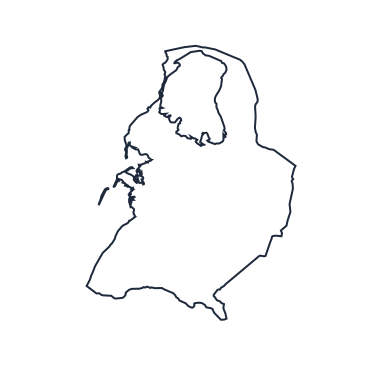 Balkan, Mercator projection, rotated 33°
{"feature_id": "TKM-351", "entity_name": "Balkan", "entity_type": "Province", "adm_level": 1, "iso_a3": "TKM", "parent_name": "Turkmenistan", "parent_adm1": "", "projection": "mercator", "projection_center": [54.104, 39.835], "detail": "fine", "context": "isolated", "style": "outline", "palette": "slate", "viewbox_px": 384, "rotation_deg": 33, "n_neighbors": 0, "source": "natural_earth", "source_scale": "10m", "svg_char_len": 6101}
<svg xmlns="http://www.w3.org/2000/svg" viewBox="0 0 384 384"><g transform="rotate(33 192 192)"><path d="M160.4,54.9L163.5,55.3L166.6,56.4L189.4,71.7L196.4,78.2L197.8,80.6L197.6,83.8L198.3,85.9L204.5,94.4L209.9,104.0L212.6,106.9L215.3,108.7L218.3,114.2L220.4,115.5L221.7,116.0L227.0,115.7L229.4,114.7L233.3,114.1L237.1,112.3L238.5,112.2L264.6,113.7L265.0,117.1L267.5,124.6L268.2,125.4L269.9,126.1L269.5,128.0L269.7,128.7L271.6,130.0L274.8,134.2L280.4,149.0L285.4,155.1L287.7,163.8L289.6,168.8L287.5,175.9L289.9,177.5L291.1,180.4L286.0,183.0L283.5,185.2L283.6,186.4L284.3,188.2L284.9,191.5L288.5,205.6L287.4,206.7L283.8,208.3L283.2,209.1L270.4,250.9L270.0,253.4L268.5,256.4L268.6,258.5L267.1,259.5L266.7,260.3L266.2,266.5L267.1,267.6L268.7,267.8L271.7,269.2L275.2,268.5L277.2,269.1L279.8,268.6L281.7,272.5L286.3,275.8L289.9,279.4L288.5,281.5L285.8,283.4L276.3,281.2L272.8,278.9L270.8,279.3L266.8,280.9L264.4,279.7L260.5,279.8L257.6,281.4L254.9,283.8L254.7,284.5L255.8,285.9L256.0,286.8L255.5,288.6L254.8,289.1L251.2,289.7L247.3,288.8L240.7,289.8L238.3,288.8L236.1,288.8L233.9,287.6L231.3,287.1L221.7,288.8L219.1,288.9L213.2,292.9L209.9,294.1L209.5,295.0L205.8,295.9L204.7,297.7L203.1,298.2L202.6,299.5L200.6,301.7L194.3,306.0L192.5,308.3L191.4,311.8L191.4,313.0L192.3,314.4L192.2,316.4L191.4,318.6L185.8,323.1L184.3,323.4L180.8,323.0L173.7,327.1L172.2,327.6L169.4,327.5L167.1,329.1L154.8,328.2L154.2,321.5L152.8,316.3L152.6,314.0L151.1,306.9L150.3,291.7L152.5,282.4L152.3,280.9L152.8,279.2L152.9,276.9L152.7,273.0L151.9,270.8L151.2,265.3L152.0,258.8L152.7,257.1L154.6,253.9L155.3,252.0L154.9,250.4L155.6,249.9L157.7,244.3L157.3,244.5L157.2,243.4L156.7,242.8L155.2,242.3L154.9,241.6L154.1,241.2L153.0,238.3L152.5,237.9L149.5,237.5L148.7,238.1L147.8,236.9L146.8,233.8L146.3,234.2L147.2,236.7L145.9,235.6L145.6,234.6L146.1,233.1L145.8,231.6L147.2,230.5L145.9,230.4L145.9,229.2L146.9,226.8L144.2,229.0L144.7,229.4L145.2,235.3L143.2,232.3L142.6,229.5L141.7,229.4L142.0,227.1L141.6,226.8L140.3,229.4L140.3,226.5L141.1,223.4L140.0,224.5L140.9,221.9L139.7,222.3L140.2,221.1L140.1,220.7L138.9,221.9L138.5,221.5L136.3,221.9L135.5,222.6L135.1,222.6L135.1,221.5L134.8,221.5L134.1,222.6L132.8,223.0L133.4,221.5L132.2,221.5L131.7,221.9L131.1,221.2L128.8,221.9L128.9,220.9L126.5,220.1L122.8,221.2L124.8,222.3L124.0,223.5L123.6,225.1L124.2,228.3L124.1,229.6L123.7,230.2L123.3,230.1L122.2,222.4L120.2,219.1L120.1,218.2L120.5,217.1L122.1,215.4L122.6,213.6L124.0,211.9L126.6,205.3L128.1,203.8L129.6,204.1L128.1,205.2L126.9,206.9L126.4,208.9L125.4,210.0L125.6,211.4L127.1,211.6L131.7,210.7L134.4,210.8L135.2,211.1L136.5,213.4L137.1,213.8L140.3,214.5L140.7,214.5L140.9,213.9L140.7,213.0L140.0,212.7L140.5,211.3L142.3,213.0L143.1,213.0L144.3,211.8L145.2,211.5L146.9,212.3L147.4,211.8L147.2,211.2L146.3,210.4L143.6,209.6L142.9,208.9L143.9,208.3L143.6,206.9L142.5,206.2L140.5,206.4L140.2,204.4L138.9,202.9L139.1,205.6L136.2,202.1L135.1,201.8L135.7,203.3L134.5,202.6L134.5,203.6L135.3,204.7L135.4,205.6L134.0,204.6L133.8,202.6L134.5,198.5L133.0,198.7L132.5,198.1L133.9,197.4L137.4,192.8L136.8,191.8L139.0,191.2L138.5,190.3L140.3,188.3L140.6,187.2L140.0,187.6L139.3,186.9L137.1,186.9L134.8,185.3L133.4,185.1L132.0,185.8L130.2,187.8L128.3,188.8L126.5,187.8L123.7,185.6L121.8,186.9L118.7,187.2L119.9,185.8L115.4,186.9L114.1,186.5L112.9,184.3L112.1,185.0L112.1,185.6L113.1,187.4L113.6,191.2L115.4,193.6L117.0,196.6L118.7,198.1L118.7,198.5L116.7,197.3L118.5,199.2L118.2,199.6L116.8,198.3L115.1,194.6L114.5,193.9L113.0,193.2L112.5,192.3L112.0,189.1L111.6,188.5L107.6,185.3L105.5,182.6L105.9,180.2L106.8,177.1L105.2,174.5L105.7,174.0L104.7,172.6L103.9,170.5L105.5,158.9L107.0,155.2L110.8,149.3L111.0,147.3L109.3,146.4L109.7,144.8L109.5,144.5L111.0,143.9L110.7,142.0L111.7,137.8L113.3,133.6L113.6,131.7L113.0,125.6L114.9,127.0L115.1,127.6L114.7,129.5L115.2,130.5L117.0,132.9L118.2,136.7L119.6,137.8L121.6,137.5L121.0,138.2L119.2,139.0L119.5,139.9L120.8,141.2L121.0,142.9L121.5,143.1L124.1,143.2L127.6,140.5L126.8,142.8L127.2,143.2L130.4,142.8L130.7,142.5L130.9,140.7L132.0,139.5L132.5,139.7L132.2,141.6L133.2,143.5L135.8,145.0L136.7,144.9L139.8,142.9L140.1,138.5L141.1,136.4L142.7,136.6L144.0,137.8L143.7,139.0L144.0,140.1L144.6,140.9L143.7,142.4L144.8,145.6L145.5,146.6L146.7,147.1L146.9,147.7L146.0,149.8L146.7,151.1L150.2,150.7L152.7,151.1L154.0,149.6L156.2,148.5L158.9,149.3L162.1,148.0L162.4,147.1L160.7,146.1L164.3,146.1L165.6,145.4L168.1,145.4L167.5,147.5L169.0,148.3L175.3,148.5L173.6,147.7L174.1,146.9L175.8,146.5L176.4,145.8L171.7,145.8L171.1,143.1L169.7,139.3L169.9,137.5L168.8,137.3L168.9,136.4L169.9,136.3L171.5,134.6L172.3,134.4L173.5,135.0L176.1,137.0L177.9,137.8L178.1,138.6L176.8,140.5L178.3,140.9L185.2,139.3L186.0,138.0L188.1,136.8L189.7,134.1L190.3,132.3L189.7,130.6L186.8,126.4L188.8,127.1L190.6,128.3L188.6,125.9L188.6,125.3L189.1,124.9L188.4,124.0L185.1,123.0L185.0,121.3L183.6,119.7L175.2,113.2L170.8,111.0L169.2,109.4L166.4,107.7L164.5,104.7L163.0,104.4L161.5,103.2L160.1,100.6L159.7,98.6L159.5,91.6L158.8,87.6L155.6,80.9L154.3,80.4L154.2,79.7L154.6,78.1L154.3,76.0L154.9,74.0L154.5,70.9L152.8,68.7L150.8,67.4L148.7,66.7L146.9,67.3L145.1,66.3L132.2,68.5L128.9,70.0L125.7,69.8L123.4,68.6L121.6,69.3L114.8,75.3L109.0,87.6L107.4,89.9L106.8,92.7L107.0,93.5L107.5,93.4L109.4,91.2L111.5,91.4L112.5,91.9L113.0,92.7L112.1,95.2L112.4,97.5L112.3,98.8L109.5,106.0L108.7,109.2L109.7,113.5L110.0,117.0L112.7,123.6L112.5,124.7L111.6,126.3L111.6,127.6L110.1,126.1L110.3,121.3L109.5,119.2L108.7,118.0L108.7,115.8L107.7,111.9L107.2,111.5L106.5,109.3L104.9,108.4L104.6,106.6L103.7,105.6L101.7,104.8L100.2,102.9L98.1,101.4L98.1,100.0L99.2,97.9L99.4,94.3L98.1,92.0L96.8,91.8L96.1,90.9L94.9,89.8L93.5,89.3L92.9,88.5L106.6,74.8L115.6,67.3L122.2,64.9L124.5,63.5L133.8,59.8L160.4,54.9ZM117.8,236.5L118.9,234.7L119.9,234.5L120.1,234.9L120.2,235.3L119.0,236.2L118.8,238.4L120.8,253.0L120.5,253.0L119.1,247.1L118.2,244.8L117.6,237.7L117.8,236.5ZM136.1,208.1L137.1,207.4L137.6,208.1L138.0,207.8L138.3,209.3L139.1,210.6L138.9,211.2L137.7,212.3L137.1,212.3L135.9,208.7L136.1,208.1Z" fill="none" stroke="#1e293b" stroke-width="2"/></g></svg>